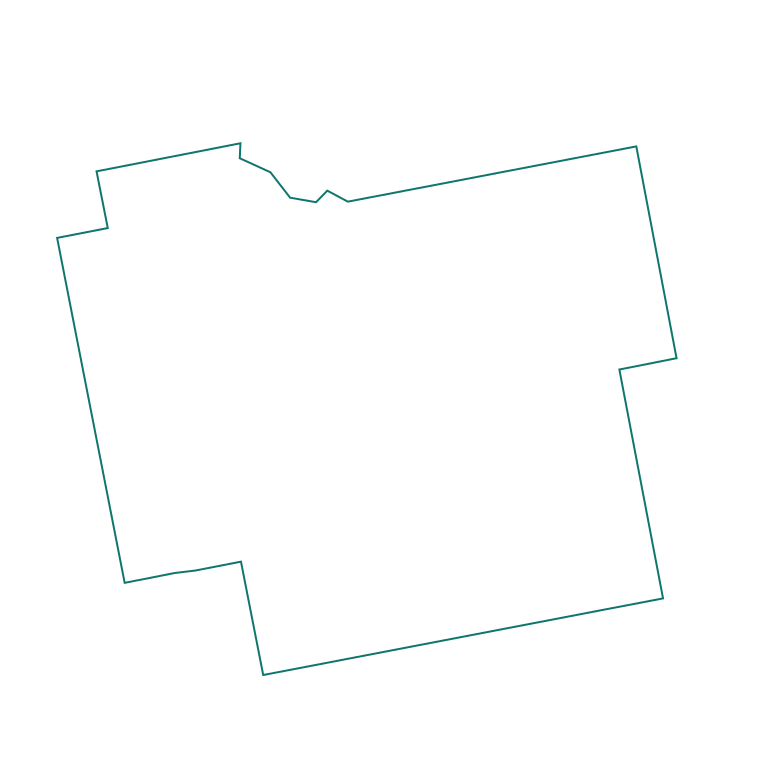 Johnston, Oklahoma, United States of America, rotated 169°
{"feature_id": "52423323B47407228750846", "entity_name": "Johnston", "entity_type": "district", "adm_level": 2, "iso_a3": "USA", "parent_name": "United States of America", "parent_adm1": "Oklahoma", "projection": "albers", "projection_center": [-96.639, 34.31], "detail": "fine", "context": "isolated", "style": "outline", "palette": "teal", "viewbox_px": 768, "rotation_deg": 169, "n_neighbors": 0, "source": "geoboundaries", "source_scale": "gbopen_adm2", "svg_char_len": 415}
<svg xmlns="http://www.w3.org/2000/svg" viewBox="0 0 768 768"><g transform="rotate(169 384 384)"><path d="M91.9,353.5L91.0,569.1L384.7,569.9L402.8,584.6L416.0,575.4L440.6,584.8L455.1,613.5L482.5,633.1L479.0,647.7L625.6,647.6L625.4,589.8L677.0,589.8L676.5,238.3L625.7,238.4L605.0,236.9L558.3,236.9L558.1,121.4L210.3,120.5L151.0,120.3L150.2,353.3L91.9,353.5Z" fill="none" stroke="#0f766e" stroke-width="2"/></g></svg>